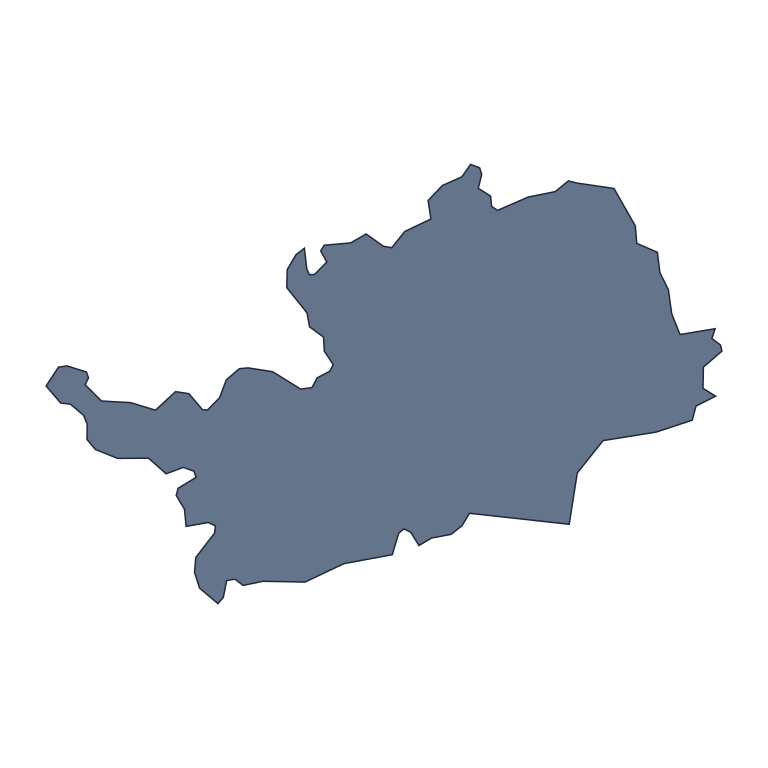 outline of Hertfordshire
{"feature_id": "GBR-2042", "entity_name": "Hertfordshire", "entity_type": "Administrative County", "adm_level": 1, "iso_a3": "GBR", "parent_name": "United Kingdom", "parent_adm1": "", "projection": "equal_earth", "projection_center": [-0.306, 51.83], "detail": "fine", "context": "isolated", "style": "filled", "palette": "slate", "viewbox_px": 768, "rotation_deg": 0, "n_neighbors": 0, "source": "natural_earth", "source_scale": "10m", "svg_char_len": 1596}
<svg xmlns="http://www.w3.org/2000/svg" viewBox="0 0 768 768"><path d="M569.2,524.3L469.5,513.3L462.1,525.6L457.0,529.7L451.2,534.3L431.3,538.1L419.0,545.5L410.7,532.2L403.8,528.9L398.7,533.2L392.3,554.7L363.6,560.0L343.7,563.7L305.0,582.1L286.2,581.7L262.8,581.3L243.1,585.4L235.0,579.2L226.7,580.5L223.3,597.4L217.9,603.6L199.6,588.2L194.5,572.3L195.8,557.5L214.6,533.0L215.4,525.8L208.4,522.5L186.1,526.4L184.5,509.3L176.2,495.4L178.1,488.3L196.1,477.3L193.9,471.2L183.2,467.4L166.1,473.8L148.6,458.2L117.6,458.4L95.4,449.5L87.0,439.5L87.2,424.3L83.6,415.3L70.3,404.1L60.8,403.1L46.1,386.0L58.5,367.1L67.0,365.9L86.5,372.0L88.5,377.9L85.1,384.7L101.4,401.0L130.5,402.6L155.5,410.2L175.6,391.6L188.9,393.7L202.5,409.7L207.5,410.0L219.6,397.7L226.3,379.9L239.3,368.7L247.9,367.9L248.2,367.9L272.6,371.7L300.7,389.1L312.0,387.6L317.1,377.9L329.8,371.2L333.2,364.6L324.3,351.1L323.5,337.1L309.6,326.9L307.0,312.9L297.0,300.4L286.8,287.7L287.2,269.6L296.1,254.6L304.4,248.2L306.8,268.9L309.4,274.7L314.5,274.5L326.8,262.0L320.7,251.0L324.2,245.2L350.6,242.9L366.1,234.0L383.3,246.2L391.8,247.7L404.7,231.5L430.9,219.0L428.1,200.5L442.4,185.5L461.9,176.8L470.6,164.4L479.7,167.9L481.7,174.5L478.3,188.3L490.6,196.1L491.6,206.3L497.5,210.4L528.0,197.1L555.3,191.6L568.4,180.9L576.7,183.0L614.0,188.5L635.3,225.9L636.8,243.4L657.4,252.3L659.9,272.7L668.4,289.7L671.7,313.7L680.0,334.5L715.1,328.7L711.9,338.6L720.5,345.0L721.9,351.1L703.4,367.1L703.0,388.3L715.6,396.2L696.0,406.1L692.2,420.2L656.1,432.1L603.1,440.6L577.3,472.9L569.2,524.3Z" fill="#64748b" stroke="#1e293b" stroke-width="1.5"/></svg>